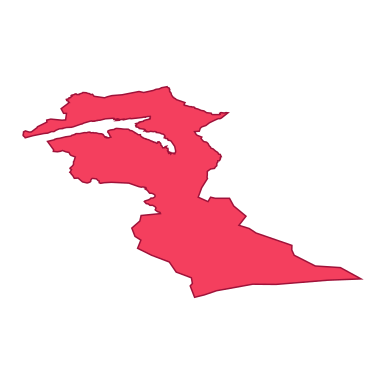 Nesset nor, Møre og Romsdal, Norway
{"feature_id": "86288312B48311014337711", "entity_name": "Nesset nor", "entity_type": "district", "adm_level": 2, "iso_a3": "NOR", "parent_name": "Norway", "parent_adm1": "Møre og Romsdal", "projection": "natural_earth1", "projection_center": [7.966, 62.59], "detail": "fine", "context": "isolated", "style": "filled", "palette": "rose", "viewbox_px": 384, "rotation_deg": 0, "n_neighbors": 0, "source": "geoboundaries", "source_scale": "gbopen_adm2", "svg_char_len": 5888}
<svg xmlns="http://www.w3.org/2000/svg" viewBox="0 0 384 384"><path d="M228.0,112.8L226.0,112.6L224.2,113.0L221.2,112.6L220.5,112.7L220.2,113.4L219.8,113.4L220.0,114.1L219.6,114.0L219.3,114.6L212.6,114.6L211.6,114.2L211.2,113.2L206.6,112.7L203.9,110.9L201.1,110.4L197.9,109.0L195.0,108.3L195.1,108.1L194.6,107.4L193.6,107.0L191.8,107.0L191.6,106.7L189.5,106.6L186.7,105.7L184.9,105.5L184.7,105.3L184.6,104.9L184.2,105.0L184.1,104.1L185.0,102.6L176.3,99.6L175.4,98.6L174.5,98.4L173.7,97.7L173.7,97.4L172.9,97.1L171.5,94.9L171.0,93.0L170.3,92.0L170.0,92.0L169.5,90.9L169.8,89.8L169.7,89.4L169.3,89.2L169.3,88.2L167.2,87.2L167.1,86.7L161.6,87.7L159.2,88.9L156.0,89.3L153.4,90.4L143.7,92.5L139.0,91.5L122.0,94.8L111.9,95.6L107.2,96.8L104.6,97.8L94.1,96.3L92.5,94.3L90.9,94.6L89.4,93.6L87.9,93.4L86.1,92.7L82.9,92.5L82.4,93.0L79.2,94.1L79.2,94.5L77.1,94.6L76.6,94.5L76.4,94.0L75.1,93.9L74.8,94.4L71.4,95.3L71.2,95.6L72.0,96.1L70.5,97.3L70.5,97.6L69.0,97.8L68.8,98.7L66.4,99.4L66.8,100.0L66.7,100.5L68.0,101.0L69.1,102.4L68.4,102.4L68.4,103.2L61.1,108.7L63.6,113.3L66.5,113.4L65.6,119.9L62.0,120.2L50.8,119.1L46.7,120.1L46.9,122.1L37.4,126.8L37.1,127.6L31.4,131.9L29.3,132.1L25.4,130.9L23.8,131.7L23.5,132.0L23.7,132.5L23.4,132.9L23.3,134.5L23.0,135.0L23.4,135.9L24.7,137.0L25.2,137.8L32.9,135.7L43.9,133.5L47.8,133.1L51.4,131.6L53.9,131.6L56.1,130.2L59.4,128.8L62.6,128.6L62.6,128.4L66.4,127.5L71.2,127.3L73.3,126.8L81.3,124.0L81.8,124.1L83.7,123.1L90.2,121.2L91.8,120.9L92.1,121.3L94.3,121.2L94.2,121.0L97.2,120.6L97.2,120.4L100.0,120.2L105.5,118.8L112.5,118.3L114.1,118.4L114.3,118.8L113.7,118.7L114.0,119.1L113.9,119.4L117.4,119.1L117.4,118.8L118.0,118.8L118.7,119.1L117.8,119.3L117.4,119.6L116.6,119.7L116.4,120.3L116.1,120.5L119.2,120.3L119.1,119.9L119.9,119.9L120.1,119.7L124.1,119.1L124.2,119.4L124.0,119.7L129.9,118.4L129.9,118.6L131.5,118.7L142.2,117.5L143.8,117.1L145.0,117.2L144.9,117.0L147.8,116.5L150.3,116.4L150.3,117.1L150.0,117.1L150.3,117.2L150.1,117.7L150.2,118.5L149.6,118.6L149.7,119.1L146.0,119.9L144.1,120.5L143.4,121.0L143.4,121.3L140.0,121.9L140.1,122.1L138.8,122.4L138.8,122.9L135.9,123.6L136.8,124.3L136.8,124.9L135.6,125.3L135.8,126.0L135.4,126.0L136.1,126.3L136.1,126.8L136.5,127.0L137.9,127.2L138.9,127.8L139.2,128.5L144.1,129.2L144.5,129.7L145.0,129.7L144.9,130.2L144.3,130.9L145.7,130.8L145.9,130.9L145.6,131.0L145.9,131.4L146.6,131.8L148.7,131.8L150.7,131.3L153.3,131.7L154.9,131.5L156.2,131.9L156.3,132.5L156.7,132.5L159.7,132.9L161.5,133.8L163.4,134.2L164.8,135.5L164.9,136.0L165.0,136.4L164.6,136.7L164.7,137.0L164.4,137.0L164.2,137.8L165.4,138.1L165.8,138.5L167.4,138.6L167.7,139.6L168.0,139.5L168.4,140.3L169.9,140.5L171.1,141.1L174.7,146.4L175.6,150.6L175.6,152.1L175.0,152.7L174.8,153.8L173.9,153.7L173.9,153.4L173.4,153.1L171.8,153.1L170.9,153.9L170.9,153.1L169.5,153.3L169.7,153.0L168.8,153.1L168.8,152.7L167.8,153.1L168.6,152.6L170.5,152.9L171.4,152.6L170.4,152.5L167.7,151.3L167.5,150.8L168.1,150.6L167.9,150.1L168.1,149.1L167.8,148.3L166.9,148.3L166.3,147.9L166.1,146.9L166.5,146.3L165.1,146.7L164.6,147.7L162.7,147.8L161.8,145.9L161.0,145.3L160.9,144.4L160.6,143.3L159.6,142.4L159.2,142.4L159.2,142.1L158.7,142.1L158.7,141.8L157.6,142.0L157.5,143.1L156.6,143.3L155.3,142.4L153.9,142.3L153.8,141.9L152.5,141.6L151.8,141.0L151.3,141.1L148.6,139.7L146.1,139.2L146.1,138.9L143.3,138.1L142.9,137.8L142.9,137.5L141.7,137.0L141.0,136.4L140.5,135.6L140.4,134.7L139.0,134.8L137.6,134.5L136.8,133.6L134.9,132.8L135.0,132.6L131.8,130.7L129.9,130.5L129.8,130.2L128.3,129.2L123.5,129.1L120.5,128.7L116.5,128.4L115.1,128.7L114.5,129.4L110.2,130.0L108.1,130.8L107.7,132.0L108.9,133.4L109.9,135.6L110.9,137.1L108.2,137.9L107.5,137.8L107.0,137.3L106.5,137.6L106.5,137.1L105.4,137.1L105.6,136.8L104.5,136.5L103.1,134.5L102.5,134.5L102.2,134.0L101.6,133.8L98.7,133.6L96.3,132.9L93.7,132.9L93.3,132.6L91.2,132.8L89.8,132.4L89.8,132.1L88.1,132.2L86.7,132.7L84.4,132.6L79.8,133.6L76.1,133.6L75.1,134.1L75.1,134.4L71.6,135.4L70.9,136.1L65.7,136.8L59.6,138.3L56.9,138.6L54.7,139.3L54.7,139.6L54.2,139.8L47.5,141.4L53.6,149.8L53.3,151.4L57.4,151.8L60.5,151.3L62.5,150.5L65.8,151.8L69.0,152.5L70.1,154.6L70.9,155.3L75.3,157.0L74.0,161.1L73.5,161.7L73.5,164.5L72.3,166.1L70.2,167.9L70.0,168.4L70.0,168.6L71.5,169.5L70.9,170.8L69.8,172.3L71.1,173.2L71.0,173.7L72.8,175.7L74.3,178.3L78.1,178.1L82.5,181.9L86.7,182.9L87.7,182.9L89.9,182.1L90.7,181.4L90.8,180.0L91.5,179.1L92.0,178.5L92.7,178.4L96.5,178.9L98.0,180.5L99.2,181.1L99.2,182.7L100.5,183.3L104.3,182.7L111.4,182.3L128.8,183.1L138.7,186.6L141.4,187.2L142.8,186.9L145.8,187.5L146.2,188.4L145.1,188.9L147.3,190.3L149.6,193.2L151.8,193.3L153.3,193.9L154.8,194.9L155.1,196.0L154.9,196.8L153.5,197.8L152.7,198.1L150.9,198.1L150.6,198.6L148.7,199.8L144.8,201.0L144.3,201.5L146.2,203.6L148.4,204.0L149.9,205.3L152.7,205.3L155.3,206.9L156.0,208.0L155.2,209.8L155.4,210.1L157.6,211.7L160.1,212.5L160.5,213.6L141.1,215.5L139.9,221.0L131.8,228.1L135.0,236.4L140.9,240.1L137.6,248.3L151.7,255.3L169.3,262.0L176.2,272.1L191.4,277.8L192.4,283.5L190.2,285.9L194.6,297.3L204.3,294.9L216.6,290.7L252.7,284.2L276.1,284.4L327.5,280.2L361.0,278.9L340.4,267.6L315.3,266.0L294.2,255.3L291.8,250.0L291.9,245.4L256.0,233.0L249.2,228.5L238.9,225.3L246.0,216.2L233.7,206.0L229.5,198.3L215.3,198.3L210.6,197.2L208.0,201.6L198.2,197.2L201.7,187.7L207.5,178.5L207.0,177.3L207.3,175.1L207.3,171.4L210.6,169.0L214.5,168.4L215.3,167.1L216.8,165.7L216.8,163.3L217.7,162.2L217.8,160.8L219.1,160.8L219.6,160.4L220.5,158.7L220.2,158.0L220.5,157.1L221.3,156.8L220.2,154.4L218.5,154.1L218.0,152.8L217.1,152.0L215.7,151.2L213.1,148.9L210.9,148.1L210.5,147.0L209.2,145.8L208.1,143.6L206.6,142.2L203.6,141.5L201.0,138.6L201.8,137.1L197.4,135.4L196.3,134.6L194.5,131.6L199.3,131.2L200.3,128.2L201.8,126.9L205.9,125.5L209.4,122.8L214.3,120.4L217.6,118.9L218.6,118.6L219.9,118.7L221.4,118.0L228.0,112.8Z" fill="#f43f5e" stroke="#9f1239" stroke-width="1.5"/></svg>